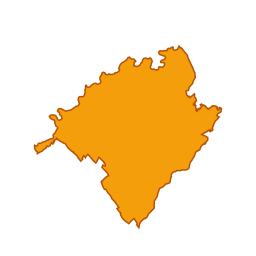 Vagiulesti, Gorj, Romania (Mercator projection), rotated 106°
{"feature_id": "2599482B50580940662948", "entity_name": "Vagiulesti", "entity_type": "district", "adm_level": 2, "iso_a3": "ROU", "parent_name": "Romania", "parent_adm1": "Gorj", "projection": "mercator", "projection_center": [23.109, 44.721], "detail": "fine", "context": "isolated", "style": "filled", "palette": "amber", "viewbox_px": 256, "rotation_deg": 106, "n_neighbors": 0, "source": "geoboundaries", "source_scale": "gbopen_adm2", "svg_char_len": 5742}
<svg xmlns="http://www.w3.org/2000/svg" viewBox="0 0 256 256"><g transform="rotate(106 128 128)"><path d="M163.6,180.3L165.6,176.3L166.0,175.4L165.8,174.6L166.3,174.5L166.5,173.9L166.3,173.6L167.0,173.3L167.4,171.9L168.4,170.3L169.0,169.1L169.6,168.3L170.2,168.1L172.9,164.2L170.3,162.9L170.1,162.9L169.6,163.7L166.8,163.0L168.4,160.7L166.8,160.5L164.4,159.3L167.2,154.8L168.3,153.5L170.5,149.4L169.3,148.8L164.2,147.9L167.4,141.6L167.9,141.7L169.1,139.8L170.6,139.4L170.9,140.2L170.5,141.9L173.0,142.2L176.9,135.6L179.2,133.5L180.2,134.7L181.6,135.8L186.8,138.9L187.5,138.1L187.9,138.5L192.1,135.2L193.5,133.6L193.2,132.7L193.4,132.2L196.0,129.2L197.1,127.3L199.5,124.5L200.2,124.4L202.8,119.9L203.0,119.9L205.6,116.5L205.9,116.5L207.0,114.9L208.5,116.4L210.3,114.1L211.8,111.5L212.4,111.8L213.4,111.3L215.7,109.2L217.0,107.4L218.4,104.5L219.7,100.9L216.9,99.5L213.3,97.3L217.1,92.9L218.7,92.9L220.8,90.1L217.1,90.5L214.7,90.0L210.3,87.3L210.5,86.7L208.8,85.3L204.8,84.5L197.9,80.8L196.4,81.0L196.2,81.5L193.6,81.7L191.3,82.6L185.7,81.1L181.7,81.3L180.4,81.1L177.6,81.1L174.8,78.1L171.3,76.1L170.4,74.3L169.2,72.8L168.3,72.7L164.6,73.1L163.3,72.9L160.8,73.5L159.4,73.3L157.7,72.1L157.1,71.4L156.8,70.3L155.3,69.1L154.7,66.4L153.2,63.7L152.2,60.5L151.2,59.3L150.2,58.5L149.2,58.4L144.2,58.8L141.1,57.6L138.6,57.1L137.8,56.7L135.5,56.3L133.5,56.4L131.9,55.8L130.8,54.7L130.0,54.1L129.3,53.0L125.6,52.7L123.6,51.8L122.7,50.5L121.7,50.5L122.1,49.5L121.7,49.2L120.0,49.1L117.6,48.0L115.1,48.7L114.9,50.3L114.6,50.4L113.9,55.4L111.9,53.6L111.8,53.2L110.5,52.2L110.1,51.3L108.2,50.3L107.1,48.7L107.6,48.6L108.2,49.4L108.6,49.0L108.5,48.2L108.7,47.7L107.6,47.3L107.5,46.4L106.9,46.0L105.7,46.1L105.3,47.1L102.8,46.6L100.6,46.7L100.2,46.5L97.2,46.0L94.6,44.4L92.3,43.4L92.3,43.8L91.6,46.0L89.1,45.4L87.5,43.5L86.5,43.0L85.9,43.4L83.5,43.5L83.0,45.5L83.7,45.7L84.9,45.6L85.7,45.9L86.1,46.4L85.7,47.1L85.1,47.2L84.3,48.0L83.9,47.9L83.6,47.4L83.4,47.5L83.2,49.0L82.9,49.0L82.8,49.6L83.2,52.6L84.4,53.7L85.5,54.0L86.9,55.8L87.5,55.6L87.9,56.1L85.5,59.9L85.7,60.0L85.0,61.5L85.9,62.1L84.7,63.9L85.6,64.9L87.1,63.3L88.1,63.6L89.0,63.6L89.7,64.0L89.4,64.8L90.5,64.9L90.4,65.3L90.4,66.1L92.3,65.9L93.1,66.2L92.6,67.2L92.0,67.7L91.5,67.3L91.1,67.4L88.5,69.4L87.8,69.0L87.4,69.9L86.8,70.2L87.8,70.8L87.8,71.5L86.9,71.7L86.4,70.7L86.2,71.2L85.8,71.3L85.6,70.8L85.0,70.5L84.7,70.8L84.1,70.6L83.0,69.6L80.5,71.3L79.8,72.5L78.7,73.2L77.9,73.3L77.6,73.0L76.9,73.6L81.7,76.9L80.5,78.2L81.3,78.8L80.1,80.6L78.4,81.4L77.2,82.5L76.0,82.2L75.7,81.0L75.1,80.3L72.1,80.3L70.6,79.9L69.0,78.9L67.4,78.2L64.8,78.2L60.6,77.2L58.9,78.2L56.9,78.7L55.2,80.3L52.2,82.4L51.7,83.0L51.2,83.1L50.9,84.0L50.3,84.2L47.1,86.9L46.5,87.9L46.3,87.7L43.7,89.9L41.7,91.1L36.3,98.8L36.7,99.2L35.2,101.5L38.5,102.0L39.5,103.0L40.3,104.3L40.4,105.4L40.1,106.2L39.8,106.5L38.1,106.8L37.9,107.0L37.9,107.6L40.2,109.9L40.3,111.1L41.7,112.1L42.7,111.9L43.3,112.4L43.5,114.3L44.7,116.4L44.8,118.1L45.5,119.1L46.9,119.3L48.1,118.5L48.6,117.7L48.7,117.3L48.6,115.9L48.9,114.3L48.7,112.9L49.2,112.0L50.0,111.4L50.6,111.3L51.3,111.6L52.6,112.6L53.6,114.3L54.4,114.8L55.4,115.0L56.0,114.4L55.3,111.8L55.7,110.8L57.2,110.3L58.0,110.3L60.1,111.6L60.5,112.1L60.2,113.4L60.6,115.0L61.4,115.2L62.5,115.0L63.9,115.4L64.5,117.9L64.2,119.7L65.0,120.5L64.5,122.7L63.9,123.2L63.0,123.3L61.9,123.1L59.5,123.4L57.4,123.0L55.3,124.5L54.6,125.5L54.6,126.2L56.1,127.6L56.1,128.3L55.8,129.9L56.7,132.0L57.5,132.4L58.9,132.7L61.1,132.6L62.2,133.6L64.3,133.9L65.9,135.4L66.4,136.2L66.5,138.4L66.8,139.0L66.5,139.6L62.9,140.1L62.6,139.9L62.3,139.1L61.8,138.9L61.2,139.5L61.2,140.1L60.2,140.9L60.2,141.5L60.7,143.6L60.2,144.9L59.5,146.1L60.3,147.4L62.0,147.7L62.7,148.3L64.2,148.9L66.6,151.4L68.2,152.5L70.1,153.1L73.5,153.3L73.8,153.1L74.6,152.0L74.9,151.9L75.8,152.3L77.9,154.0L78.0,154.8L78.4,155.5L78.7,155.8L79.8,156.0L80.1,156.5L81.3,159.0L81.4,159.5L81.2,161.3L82.1,161.7L82.3,162.1L82.7,164.2L82.3,164.4L82.0,165.0L81.3,165.4L81.2,167.1L81.7,167.7L82.8,168.3L84.3,167.9L85.3,168.5L87.2,168.9L89.2,168.2L89.8,167.5L90.4,167.2L92.0,166.8L92.4,167.0L94.4,169.1L94.4,169.7L93.8,171.2L94.7,173.0L97.4,175.3L98.8,175.7L99.4,176.5L99.8,177.5L99.8,178.7L99.4,179.2L98.6,179.5L98.4,179.9L98.7,180.4L99.2,180.5L101.6,179.7L103.4,179.9L105.6,179.0L109.1,179.1L110.4,180.0L111.1,183.0L112.3,183.9L114.7,183.7L115.8,182.7L117.3,182.1L117.7,181.5L118.0,181.4L118.6,181.4L120.7,182.3L121.1,182.7L121.6,184.0L126.1,187.5L128.8,192.1L128.9,193.0L127.9,197.5L128.3,199.3L128.8,199.9L130.5,200.6L131.1,200.5L131.7,199.9L131.8,198.4L132.0,198.2L133.9,197.5L135.1,195.2L137.1,194.0L138.2,194.6L139.3,195.8L139.6,197.1L139.1,198.1L138.0,198.7L137.1,199.9L136.3,200.5L135.9,201.6L135.9,202.4L136.4,204.1L136.5,204.9L136.7,205.6L137.3,206.1L138.6,206.8L138.9,206.7L140.0,205.3L140.5,204.2L140.4,203.5L140.8,202.4L140.8,201.0L141.7,200.2L142.8,200.0L145.9,197.9L146.6,196.1L147.3,195.5L149.9,196.3L151.9,196.4L154.7,197.8L155.6,198.0L157.1,197.1L158.4,197.2L158.9,197.5L160.3,200.2L161.7,201.6L162.3,202.7L163.7,204.0L164.5,204.9L164.9,206.0L166.2,207.0L166.8,207.9L167.1,209.2L167.9,210.0L169.2,210.1L170.4,210.7L170.6,211.2L170.3,213.0L171.3,213.0L171.8,212.4L173.6,212.1L175.1,210.4L175.5,209.7L175.8,208.7L177.7,208.1L174.7,205.2L174.2,204.4L172.4,203.4L169.9,201.3L169.3,201.6L168.9,201.3L168.0,201.0L167.6,200.4L168.0,200.1L167.8,199.8L167.9,199.5L166.5,198.2L165.2,198.0L164.2,197.5L163.4,197.7L163.3,197.4L164.1,195.9L163.7,195.9L162.8,195.3L161.4,195.1L161.6,195.9L160.3,195.5L160.0,195.6L159.6,195.1L159.3,194.3L158.9,194.1L158.7,193.6L158.0,193.7L157.2,194.4L157.6,193.5L158.1,193.1L159.0,190.7L159.6,188.7L159.9,186.6L160.3,186.1L160.3,184.3L160.8,183.4L163.6,180.3Z" fill="#f59e0b" stroke="#b45309" stroke-width="1.5"/></g></svg>